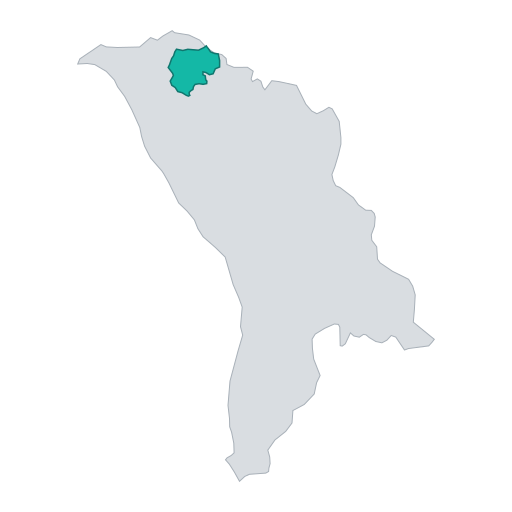 where Donduseni sits in Moldova
{"feature_id": "MDA-1614", "entity_name": "Donduseni", "entity_type": "District", "adm_level": 1, "iso_a3": "MDA", "parent_name": "Moldova", "parent_adm1": "", "projection": "mercator", "projection_center": [27.772, 48.214], "detail": "fine", "context": "in_parent", "style": "filled", "palette": "teal", "viewbox_px": 512, "rotation_deg": 0, "n_neighbors": 0, "source": "natural_earth", "source_scale": "10m", "svg_char_len": 2500}
<svg xmlns="http://www.w3.org/2000/svg" viewBox="0 0 512 512"><path d="M77.7,64.0L79.9,58.8L100.9,44.6L106.3,46.9L117.3,47.5L139.6,47.0L150.6,37.6L157.4,40.2L162.9,36.0L172.2,30.7L173.5,31.8L174.6,32.7L188.9,35.0L199.7,40.1L206.8,47.9L214.2,52.8L221.8,54.6L226.1,58.5L226.9,64.5L234.0,67.4L247.5,67.3L253.2,71.2L251.1,79.0L252.5,81.6L257.3,78.9L260.9,81.2L262.8,87.0L264.9,89.8L271.8,80.7L279.0,81.6L296.5,85.4L305.8,104.2L311.7,111.0L316.8,113.7L323.2,110.8L328.9,107.3L332.2,108.9L339.2,121.4L340.9,137.6L340.9,144.2L338.3,155.2L334.8,166.9L331.9,174.5L333.2,180.6L335.7,185.7L339.8,187.4L353.3,197.7L358.4,204.9L365.7,210.2L371.3,210.4L374.2,213.4L375.2,217.0L374.5,226.2L371.3,234.8L371.8,240.3L376.7,246.8L377.2,254.3L377.5,259.2L380.1,262.9L392.5,271.3L408.6,279.3L412.7,286.2L415.2,294.9L414.4,309.5L413.3,322.2L434.3,339.3L431.9,342.4L428.7,345.9L408.6,348.5L404.5,350.0L395.8,337.1L391.2,335.5L386.9,340.2L381.9,342.8L375.8,341.5L369.3,337.6L366.0,334.8L363.4,334.4L359.3,337.2L353.9,336.0L350.4,332.9L345.3,343.8L342.2,346.1L340.2,345.7L339.8,327.2L338.4,324.4L334.3,324.0L324.5,328.4L315.2,334.1L312.1,339.1L312.4,348.2L313.7,359.1L320.1,375.5L316.6,382.7L314.2,394.0L304.2,404.5L292.9,410.5L292.0,423.0L285.7,431.4L275.0,439.9L267.8,450.1L269.7,457.0L270.1,463.6L268.9,468.1L268.6,471.5L265.8,473.1L249.4,474.3L244.8,476.4L239.5,481.3L234.4,472.1L229.3,464.1L225.5,459.8L227.1,457.8L231.2,455.5L234.1,452.8L233.8,443.2L231.6,432.2L229.7,426.8L229.5,418.4L228.0,405.4L230.0,381.1L238.2,350.4L242.7,335.1L240.5,326.7L242.2,307.1L238.7,297.4L233.2,284.7L225.2,257.1L215.3,247.4L203.1,236.8L197.9,228.7L194.4,219.9L187.1,211.1L178.7,203.0L168.8,182.7L163.6,173.5L162.0,171.1L150.6,158.0L144.6,146.2L141.6,136.5L139.8,127.5L131.8,109.7L124.6,96.3L117.6,86.8L114.4,80.0L106.3,71.4L94.8,64.6L87.3,63.5L77.7,64.0Z" fill="#d9dde1" stroke="#a8b0b8" stroke-width="1"/><path d="M206.3,45.9L207.4,47.6L208.2,48.4L210.5,51.9L214.6,53.5L218.2,53.9L218.3,54.1L219.6,60.5L219.6,67.0L215.3,68.8L213.1,73.8L209.4,74.7L206.1,72.6L203.0,71.8L202.9,74.7L205.3,75.9L205.5,78.2L205.9,80.1L206.9,81.1L206.7,83.6L203.1,84.3L199.1,83.7L195.1,84.4L193.5,86.6L192.9,89.5L190.9,90.7L189.2,92.3L189.2,94.0L189.8,95.4L188.4,96.1L186.3,95.3L182.1,92.7L177.8,91.6L175.2,87.5L171.8,85.3L170.2,81.1L172.7,76.8L173.4,75.3L172.5,73.1L168.2,67.5L169.5,64.8L171.7,58.5L173.6,55.8L174.8,51.9L176.5,49.2L182.8,50.5L187.8,49.3L198.5,50.2L203.9,47.6L206.3,45.9L206.3,45.9Z" fill="#14b8a6" stroke="#0f766e" stroke-width="1.5"/></svg>